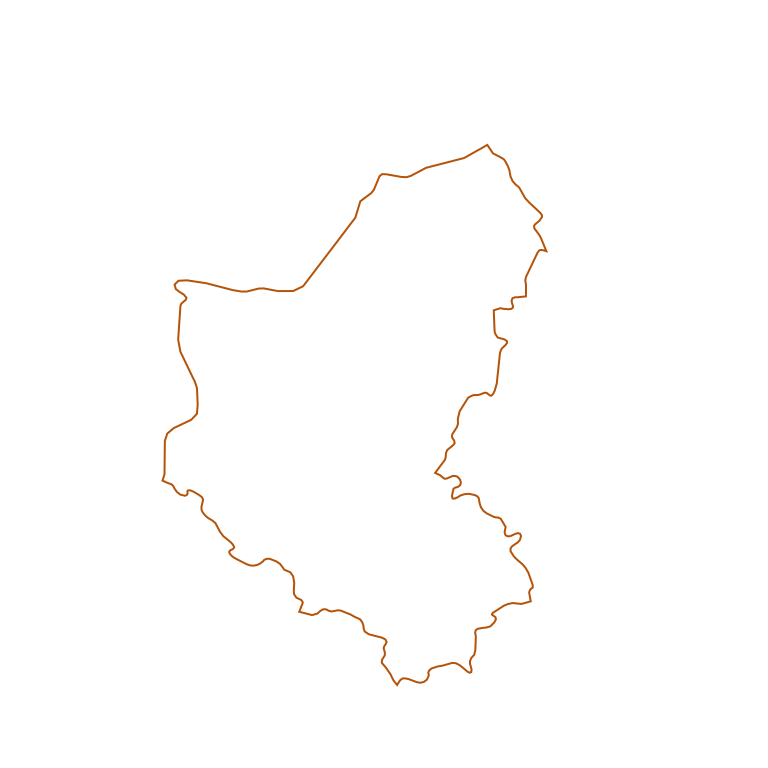 the border of Panevezio, rotated 298°
{"feature_id": "LTU-1071", "entity_name": "Panevezio", "entity_type": "County", "adm_level": 1, "iso_a3": "LTU", "parent_name": "Lithuania", "parent_adm1": "", "projection": "albers", "projection_center": [24.625, 55.918], "detail": "fine", "context": "isolated", "style": "outline", "palette": "amber", "viewbox_px": 768, "rotation_deg": 298, "n_neighbors": 0, "source": "natural_earth", "source_scale": "10m", "svg_char_len": 4114}
<svg xmlns="http://www.w3.org/2000/svg" viewBox="0 0 768 768"><g transform="rotate(298 384 384)"><path d="M373.5,152.4L378.7,154.1L383.1,161.5L389.6,180.0L396.0,206.8L398.8,214.9L401.2,219.4L409.4,228.5L411.9,232.8L416.3,246.9L423.5,260.2L432.4,266.7L491.5,276.4L517.5,280.6L534.2,277.3L546.6,283.1L550.8,283.9L565.4,282.5L568.4,283.8L570.3,287.7L575.1,302.5L577.3,307.0L580.4,310.0L594.7,319.7L602.0,327.7L621.1,348.6L643.6,363.0L638.8,371.9L638.9,379.9L638.7,384.3L637.2,387.2L634.2,391.5L631.8,394.2L626.7,398.2L623.5,402.3L622.0,406.3L620.9,411.2L614.3,421.5L612.2,427.7L608.5,441.6L607.2,444.2L605.6,445.1L601.0,444.6L596.1,442.5L594.2,442.2L592.0,443.7L588.5,451.1L586.6,454.0L577.5,465.0L577.0,462.4L576.6,461.2L576.0,459.6L575.1,458.5L572.1,457.9L545.3,459.1L541.8,460.1L538.1,462.9L528.0,468.2L523.2,461.1L522.2,459.1L520.1,457.2L517.6,457.5L515.8,458.8L513.0,461.6L511.6,461.9L510.0,461.0L508.4,458.8L506.5,454.3L505.5,451.1L500.6,446.3L481.8,457.3L480.1,459.4L478.4,462.6L479.9,469.2L479.6,472.3L478.2,473.3L475.9,473.1L470.4,471.3L467.7,471.5L465.7,471.9L437.2,483.4L430.0,484.9L426.3,485.0L424.0,484.2L423.6,482.8L424.3,478.9L423.7,477.1L420.0,473.9L418.4,472.1L416.5,468.8L415.8,467.8L412.1,465.1L411.1,464.7L395.5,463.6L388.0,465.5L383.4,468.1L379.9,468.6L372.0,467.9L369.8,468.5L368.5,469.6L367.8,471.2L366.8,472.7L364.8,474.2L362.5,473.8L355.4,470.8L352.3,471.1L348.6,472.7L345.8,473.4L329.5,470.9L329.8,476.5L329.3,478.5L328.7,481.9L330.1,483.9L335.3,488.0L336.4,490.6L336.6,492.6L335.4,495.8L333.2,498.1L330.5,498.8L327.7,497.5L326.0,495.6L324.2,494.5L316.9,496.6L315.1,498.3L315.9,500.1L318.3,502.0L321.5,503.9L324.4,506.7L326.9,510.5L328.5,516.0L328.7,518.9L327.8,521.1L323.3,524.7L320.7,527.4L318.7,531.2L318.0,535.2L318.2,542.7L318.5,544.4L318.9,545.9L319.7,547.5L319.8,550.4L314.9,558.5L310.0,560.0L308.8,560.8L307.5,562.5L307.6,564.8L309.0,567.0L313.5,570.4L315.3,572.4L315.6,574.5L314.1,576.4L310.1,577.2L307.0,576.5L301.2,573.4L298.4,572.9L295.8,574.2L293.0,579.1L291.5,583.4L289.8,591.1L288.1,595.3L285.2,600.0L276.2,609.8L273.9,610.9L271.9,609.7L270.0,609.7L268.1,610.0L261.0,615.6L254.3,608.6L251.1,600.6L248.0,596.8L244.5,593.9L232.8,587.4L231.1,587.5L230.7,589.7L230.5,591.8L228.7,593.3L225.4,593.3L220.0,591.7L217.2,588.9L214.7,585.3L211.7,581.5L209.6,580.6L206.9,581.4L204.4,583.5L192.1,589.5L187.3,590.8L183.1,589.7L179.9,590.0L177.7,591.0L173.1,595.3L170.5,596.3L169.3,595.2L169.2,592.8L170.7,586.0L171.3,582.4L171.2,578.6L169.9,575.3L162.7,567.8L160.0,564.2L155.1,559.5L152.2,558.4L149.9,558.6L147.9,560.3L143.2,560.7L139.7,559.1L137.2,556.3L136.1,552.6L135.1,544.8L134.3,541.7L133.0,538.9L131.0,537.7L129.2,537.2L124.4,536.9L126.7,531.6L127.8,530.0L130.7,526.1L134.5,518.8L136.7,513.1L139.3,511.7L144.7,512.1L147.1,511.0L150.6,507.7L152.7,507.3L155.1,507.6L157.5,507.4L159.1,505.2L159.1,501.4L155.9,488.1L156.4,483.2L158.5,480.9L161.2,479.1L163.6,476.4L165.0,473.2L164.6,466.6L164.8,463.0L163.6,452.0L162.4,449.3L158.5,444.5L157.8,441.3L157.9,439.1L157.3,437.3L156.0,435.6L152.9,433.9L150.2,433.1L146.2,429.0L143.1,416.1L152.7,415.0L153.5,414.2L154.5,412.3L154.3,409.5L154.3,406.8L156.1,403.4L159.3,401.3L166.1,398.2L171.5,394.1L173.8,389.6L173.2,383.0L174.4,380.9L176.4,376.5L176.8,372.0L176.0,365.1L174.5,362.4L172.4,360.8L170.0,360.2L167.2,358.8L164.6,356.9L162.1,353.7L160.9,350.6L160.4,347.3L160.2,335.6L160.3,333.0L160.6,330.7L161.2,328.8L161.9,327.3L163.0,326.2L164.2,326.1L165.6,326.8L167.1,327.9L168.2,328.3L169.6,328.4L171.3,325.9L172.5,322.4L174.2,313.6L176.4,308.8L182.1,300.4L182.9,296.2L183.1,291.8L183.7,288.7L185.3,284.7L186.9,282.3L189.5,280.6L197.0,278.6L198.7,276.1L199.2,272.6L199.5,265.9L199.1,262.7L197.9,260.8L196.7,260.9L194.9,262.1L193.6,262.0L191.9,260.8L190.7,256.0L191.5,251.8L193.1,248.5L195.2,245.5L195.7,242.8L195.2,240.7L194.7,233.8L201.2,232.6L230.9,217.2L238.5,215.9L246.4,219.1L261.9,230.6L269.9,232.8L278.3,229.2L292.4,220.9L297.1,216.1L300.7,211.1L317.0,189.0L326.6,181.4L335.5,177.4L357.6,167.5L360.0,167.4L365.4,169.5L367.4,169.1L369.0,165.2L369.3,160.3L370.1,155.6L373.5,152.4Z" fill="none" stroke="#b45309" stroke-width="2"/></g></svg>